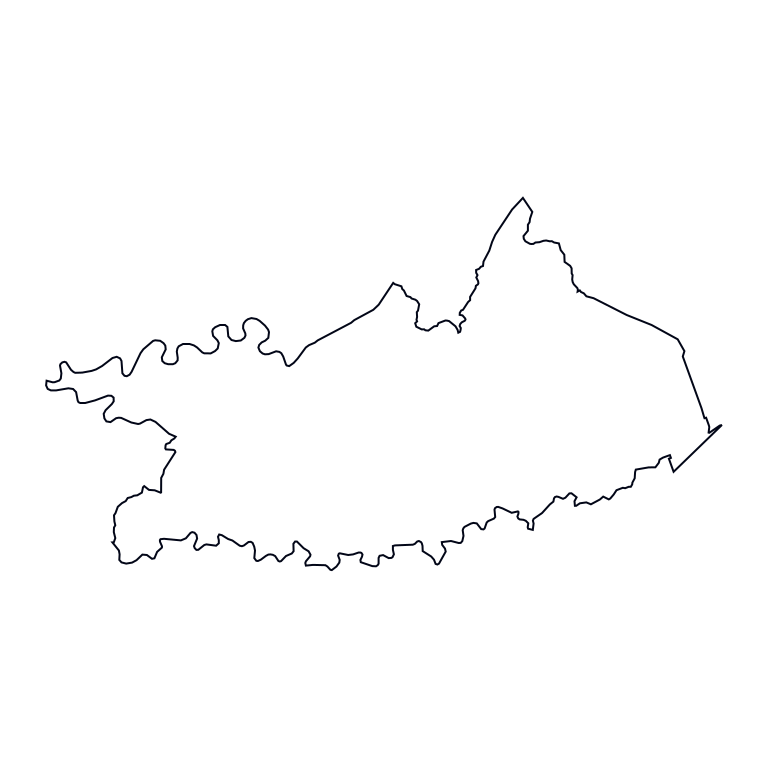 Long My, Hau Giang, Vietnam (orthographic projection)
{"feature_id": "81297802B29776873812270", "entity_name": "Long My", "entity_type": "district", "adm_level": 2, "iso_a3": "VNM", "parent_name": "Vietnam", "parent_adm1": "Hau Giang", "projection": "orthographic", "projection_center": [105.504, 9.679], "detail": "fine", "context": "isolated", "style": "outline", "palette": "ink", "viewbox_px": 768, "rotation_deg": 0, "n_neighbors": 0, "source": "geoboundaries", "source_scale": "gbopen_adm2", "svg_char_len": 6098}
<svg xmlns="http://www.w3.org/2000/svg" viewBox="0 0 768 768"><path d="M112.4,542.4L118.9,550.5L119.6,554.3L119.3,559.9L121.5,562.4L126.2,563.6L132.1,562.6L136.5,560.2L142.4,554.6L146.9,555.0L152.0,558.8L154.4,558.3L157.1,551.9L161.9,547.6L162.0,546.3L160.0,541.7L159.9,540.1L160.5,539.2L164.0,538.8L180.9,540.4L185.9,538.3L190.5,532.9L192.2,532.1L194.5,532.7L196.5,535.0L197.1,538.6L194.0,546.1L194.7,548.1L196.4,549.9L198.3,549.8L204.3,545.0L206.4,544.4L216.1,545.7L218.8,543.3L218.8,540.1L218.0,536.8L219.2,534.5L221.9,535.2L228.1,539.0L232.4,540.5L239.7,545.7L241.9,546.2L243.9,545.5L248.5,542.0L250.8,541.8L252.6,542.9L254.2,546.6L255.0,550.5L254.3,558.1L256.3,560.8L257.9,561.0L260.8,559.7L265.9,555.9L268.3,554.6L270.4,554.4L272.8,554.8L275.2,556.1L278.4,561.0L279.8,561.5L281.1,561.1L286.0,556.0L291.8,553.5L293.6,551.2L293.4,543.8L295.1,541.5L296.9,541.5L303.6,548.2L308.6,551.3L310.5,554.7L310.1,556.3L305.9,561.3L305.3,563.0L305.9,565.6L313.0,564.9L325.4,565.2L327.4,566.5L330.4,569.8L331.8,570.1L336.5,566.5L339.3,562.6L339.7,559.9L338.1,555.6L338.8,553.7L339.8,553.3L348.2,555.0L353.1,554.4L358.7,552.5L360.3,552.5L361.4,552.9L362.5,554.5L362.0,556.7L360.4,560.0L360.8,562.2L372.3,566.1L376.0,566.3L377.7,565.2L378.6,563.7L378.6,557.9L379.6,555.8L383.1,555.1L388.7,558.1L391.4,557.9L392.5,557.2L393.9,554.3L392.9,549.8L392.9,546.0L395.0,545.4L412.8,544.7L414.8,543.9L417.2,541.5L418.9,541.0L421.0,542.1L421.8,543.3L422.5,545.8L422.7,551.1L431.2,556.5L434.0,559.7L435.6,563.9L437.4,564.5L439.0,563.6L445.7,551.6L445.0,548.6L442.2,544.9L441.8,542.1L451.0,541.0L458.7,543.0L460.7,542.9L462.3,541.1L463.5,535.9L462.7,530.2L463.3,528.4L464.5,526.9L470.8,523.6L473.4,522.9L476.8,523.4L481.2,529.1L483.5,529.4L484.6,528.5L486.7,522.5L488.2,521.1L493.9,518.6L495.2,517.0L494.5,509.6L495.0,508.2L496.7,507.0L498.2,506.9L502.5,508.4L511.7,512.8L517.9,511.4L518.5,512.0L518.4,513.8L517.4,516.5L518.2,518.4L519.6,519.4L523.5,519.8L525.8,520.8L528.3,523.3L527.7,527.2L528.1,528.7L532.8,529.9L533.6,523.5L532.9,520.7L533.6,518.9L542.1,513.0L549.9,504.4L553.4,501.6L554.0,498.4L554.9,497.1L556.6,496.5L558.5,496.9L563.0,498.8L565.4,497.7L569.4,493.4L571.5,493.3L576.6,497.3L574.5,501.2L574.9,505.8L576.2,505.8L579.9,503.3L586.3,502.4L590.9,504.3L599.9,499.5L603.2,496.6L608.8,499.4L610.3,498.5L613.7,494.5L616.5,490.2L622.8,487.8L625.2,488.2L628.7,486.8L630.8,486.8L632.2,484.4L632.4,482.6L634.7,478.3L635.1,472.1L635.8,469.6L648.6,467.4L655.4,467.3L658.8,462.8L659.6,459.6L663.0,457.6L669.9,455.1L670.9,457.9L668.9,458.7L673.6,471.8L721.9,425.0L719.7,425.6L709.3,432.8L708.6,432.6L709.3,427.0L708.7,424.9L706.1,417.7L704.5,418.2L704.3,417.7L701.5,408.2L682.8,356.5L684.4,351.1L677.7,339.3L651.6,325.0L626.7,315.0L593.6,298.2L586.4,296.3L583.8,293.3L581.0,292.0L579.8,290.4L577.6,291.6L577.9,289.7L577.3,288.0L573.8,284.3L572.7,282.1L572.2,279.5L572.6,275.1L571.7,273.5L571.6,268.3L570.2,265.9L564.6,261.9L564.3,254.7L560.7,250.1L558.9,243.4L554.1,242.5L551.9,241.2L549.8,241.3L546.2,240.5L543.5,240.8L539.4,242.2L535.4,242.5L533.4,243.9L531.4,244.0L529.9,243.8L525.4,241.3L523.8,238.8L523.5,236.1L527.9,230.7L527.9,224.7L529.6,222.1L530.0,218.7L532.3,211.9L522.9,197.9L512.1,209.5L495.3,234.8L492.1,241.9L489.3,250.6L483.5,261.6L483.0,266.0L480.8,266.8L479.1,268.8L476.1,270.0L476.2,272.9L477.5,275.1L476.3,277.5L478.1,281.1L478.4,283.3L477.9,284.4L475.9,285.8L475.5,288.3L470.1,296.9L470.1,300.2L468.1,302.0L463.0,309.8L461.2,310.5L459.8,312.8L459.7,314.9L462.5,315.4L465.2,318.5L465.5,319.6L464.7,320.8L461.8,322.3L460.3,323.9L459.6,326.0L460.8,328.0L460.6,329.8L460.1,331.8L458.3,332.7L457.6,329.9L455.5,326.3L449.1,321.1L447.0,320.6L445.4,320.5L438.5,323.1L437.1,326.0L434.2,326.3L428.3,330.6L425.4,330.3L424.1,329.3L421.7,329.4L416.3,326.7L415.2,323.2L417.1,321.4L416.5,319.8L417.1,316.9L416.8,312.2L418.0,310.6L419.2,304.3L417.1,301.0L415.4,299.7L411.6,298.5L410.4,297.1L406.6,296.0L403.9,290.5L402.3,289.1L401.4,286.3L394.8,284.2L393.2,282.9L378.7,304.7L373.3,309.8L354.3,320.1L351.1,322.8L317.7,340.4L314.8,342.7L309.1,345.1L305.8,347.5L297.7,358.5L293.7,362.9L289.2,366.1L286.7,365.5L286.0,364.6L283.2,356.5L281.3,353.2L279.4,351.9L276.1,351.3L268.7,354.1L265.0,354.3L262.6,353.5L259.9,351.2L258.4,347.6L259.2,344.9L261.7,342.4L265.2,340.7L268.3,337.9L269.0,332.1L268.1,329.6L265.0,325.6L259.7,320.9L256.5,319.0L251.4,318.1L247.9,319.2L245.7,320.8L243.9,323.1L243.2,325.3L243.1,328.4L245.3,333.4L245.5,335.5L244.4,337.8L240.8,340.5L235.8,341.1L231.5,340.0L228.3,336.4L227.4,326.9L225.1,325.0L220.0,325.0L215.2,327.2L212.9,329.3L212.3,331.3L213.1,335.9L217.4,340.3L218.8,343.1L217.7,348.5L215.0,351.1L210.7,353.4L204.2,353.3L202.3,352.4L197.0,347.4L193.9,345.4L189.6,344.0L183.0,344.0L178.7,346.3L177.4,348.5L176.8,351.6L177.7,357.7L177.6,360.4L175.3,363.2L172.9,364.2L168.2,364.2L164.7,363.2L162.3,361.0L161.8,357.3L165.7,349.4L165.3,345.6L163.6,343.2L160.2,340.8L155.2,340.3L153.1,340.9L143.3,349.3L140.5,353.2L131.6,371.8L129.6,374.7L126.8,376.2L124.5,375.8L122.4,373.3L121.5,361.0L120.1,358.4L116.7,356.8L112.5,358.0L102.1,366.0L96.1,369.4L91.6,370.9L82.2,372.6L75.2,372.8L73.5,372.0L71.0,369.8L66.2,362.4L64.5,361.8L62.3,362.4L60.4,364.2L60.0,365.6L61.4,373.3L60.8,378.5L59.3,380.5L54.6,382.2L52.7,382.3L46.6,380.7L46.1,385.4L47.7,388.9L50.9,390.4L56.1,390.4L68.4,388.3L73.1,389.0L76.1,392.1L77.7,400.6L78.5,402.2L80.2,403.0L85.2,403.0L95.0,400.4L108.0,395.6L111.4,395.8L113.6,397.6L113.7,401.3L111.9,404.0L105.6,410.2L103.7,413.8L104.4,418.4L106.4,421.4L110.5,422.1L116.1,418.2L118.7,417.7L121.2,417.9L131.3,422.5L138.1,424.0L140.0,423.6L146.4,420.1L150.4,419.5L155.5,421.9L169.1,433.8L175.7,436.7L174.3,438.5L171.4,440.3L169.7,442.8L166.3,444.0L165.6,445.2L165.3,448.4L165.9,449.4L173.7,449.9L174.9,450.7L175.4,452.1L164.1,469.7L163.4,473.8L161.2,477.9L161.1,492.4L160.7,492.7L154.7,490.3L149.0,489.9L144.2,486.1L143.0,487.3L141.9,492.6L137.3,495.3L133.9,495.7L131.3,497.1L127.7,498.0L125.7,501.1L122.0,503.1L117.8,506.8L115.5,513.1L114.0,515.3L114.4,521.5L115.3,525.3L114.0,527.5L113.8,532.1L115.3,538.1L113.8,542.3L112.4,542.4Z" fill="none" stroke="#020617" stroke-width="2"/></svg>